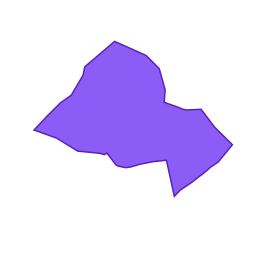 outline of Airag, Dornogovi, Mongolia, rotated 241°
{"feature_id": "93677404B77823966409702", "entity_name": "Airag", "entity_type": "district", "adm_level": 2, "iso_a3": "MNG", "parent_name": "Mongolia", "parent_adm1": "Dornogovi", "projection": "orthographic", "projection_center": [109.177, 45.635], "detail": "fine", "context": "isolated", "style": "filled", "palette": "violet", "viewbox_px": 256, "rotation_deg": 241, "n_neighbors": 0, "source": "geoboundaries", "source_scale": "gbopen_adm2", "svg_char_len": 670}
<svg xmlns="http://www.w3.org/2000/svg" viewBox="0 0 256 256"><g transform="rotate(241 128 128)"><path d="M202.5,119.9L196.0,114.3L184.2,94.3L182.7,81.0L177.9,64.0L171.8,44.8L153.8,60.6L132.2,72.8L119.3,91.4L116.2,94.3L116.3,97.4L101.3,99.6L99.1,101.3L94.4,106.8L92.7,111.2L90.4,121.2L86.4,133.6L81.2,146.0L45.8,135.4L48.4,143.8L49.5,157.0L50.0,160.1L50.4,162.6L50.6,164.1L51.1,167.0L51.3,169.2L52.9,177.7L53.7,181.1L54.5,190.3L62.7,211.2L86.9,204.1L108.9,201.0L115.3,188.1L117.6,185.3L123.3,180.7L129.2,175.4L132.9,172.2L143.4,179.0L164.8,184.1L182.6,179.0L200.7,165.5L210.2,158.3L209.5,154.5L202.5,119.9Z" fill="#8b5cf6" stroke="#5b21b6" stroke-width="1.5"/></g></svg>